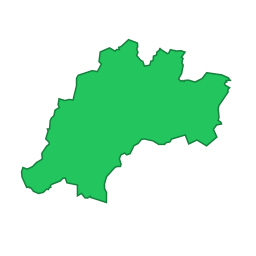 Kabinda, Kasaï-Oriental, Democratic Republic of the Congo, rotated 108°
{"feature_id": "63176286B78021290688444", "entity_name": "Kabinda", "entity_type": "district", "adm_level": 2, "iso_a3": "COD", "parent_name": "Democratic Republic of the Congo", "parent_adm1": "Kasaï-Oriental", "projection": "orthographic", "projection_center": [24.619, -6.075], "detail": "medium", "context": "isolated", "style": "filled", "palette": "green", "viewbox_px": 256, "rotation_deg": 108, "n_neighbors": 0, "source": "geoboundaries", "source_scale": "gbopen_adm2", "svg_char_len": 1857}
<svg xmlns="http://www.w3.org/2000/svg" viewBox="0 0 256 256"><g transform="rotate(108 128 128)"><path d="M109.2,40.7L102.8,46.4L97.6,44.6L95.3,40.3L93.8,41.4L92.9,44.6L89.9,44.7L82.0,48.1L78.6,48.5L62.7,43.9L61.0,45.0L58.3,43.8L57.4,48.6L56.1,49.9L54.1,49.4L53.8,48.4L52.5,49.2L51.1,45.5L49.3,48.1L48.5,55.2L51.1,70.3L58.1,72.8L63.6,78.5L63.8,85.4L65.2,88.7L66.5,89.2L65.9,90.5L67.1,92.4L65.7,95.1L59.6,93.9L51.2,94.9L49.2,97.0L44.8,97.2L44.2,99.0L38.2,97.2L38.1,101.6L39.8,105.6L40.4,111.9L43.9,112.3L45.1,113.5L43.0,121.7L42.0,122.3L44.3,122.2L46.9,124.0L49.9,123.5L51.8,126.0L56.0,125.0L57.5,127.0L61.4,126.6L64.1,131.5L60.0,134.6L59.9,136.7L56.2,142.3L53.0,141.9L50.2,144.2L47.7,143.9L44.3,145.3L43.8,154.8L52.5,159.6L54.2,161.8L56.1,160.4L56.8,163.0L58.9,164.1L57.5,170.3L64.3,177.9L73.8,176.1L75.4,173.1L83.8,174.5L84.5,179.7L93.2,191.6L96.7,192.3L103.9,190.0L118.5,188.9L118.9,192.4L121.4,196.6L121.5,202.6L127.4,201.7L129.7,199.6L133.6,202.9L139.1,202.2L142.5,204.0L145.3,204.2L153.2,202.3L153.8,204.3L155.8,203.0L163.7,202.9L165.9,198.8L167.7,197.9L170.4,199.8L178.8,202.1L184.1,199.9L189.0,204.3L194.2,206.8L198.3,211.2L198.0,215.7L202.6,215.7L207.4,213.6L215.8,206.0L214.6,204.1L215.4,203.3L214.9,201.9L217.4,198.4L217.9,192.7L215.4,188.7L211.4,186.6L211.1,184.6L209.7,184.8L208.2,183.1L207.0,184.1L205.3,183.3L199.3,176.0L196.1,174.5L194.9,172.2L199.0,169.1L197.8,158.5L208.1,155.1L204.6,152.1L207.7,147.3L207.1,144.7L204.6,142.9L205.6,142.1L205.5,125.5L196.0,128.5L193.0,131.5L188.6,133.1L181.0,133.4L170.4,128.7L168.3,127.1L166.9,123.3L164.6,123.4L159.9,126.7L155.7,126.5L152.9,123.5L153.9,120.9L151.8,118.1L143.0,116.9L139.7,113.7L134.7,111.7L133.4,109.3L132.5,100.2L134.1,93.7L132.3,88.1L130.5,87.6L128.3,83.9L125.1,83.2L116.9,71.4L124.4,65.3L118.1,58.7L120.7,47.8L109.2,40.7Z" fill="#22c55e" stroke="#15803d" stroke-width="1.5"/></g></svg>